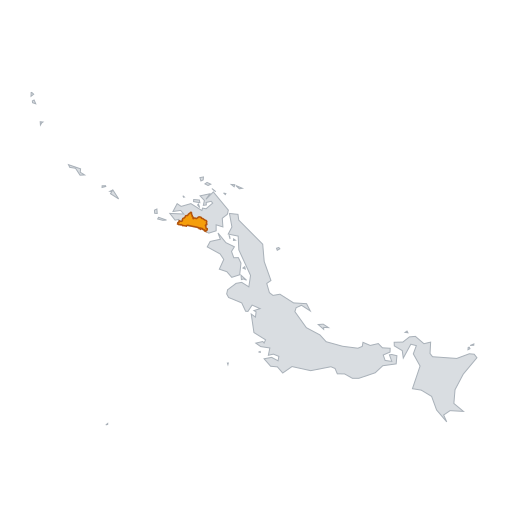 location of Miyazaki within Japan, rotated 86°
{"feature_id": "JPN-1831", "entity_name": "Miyazaki", "entity_type": "Prefecture", "adm_level": 1, "iso_a3": "JPN", "parent_name": "Japan", "parent_adm1": "", "projection": "albers", "projection_center": [131.344, 32.095], "detail": "fine", "context": "in_parent", "style": "filled", "palette": "amber", "viewbox_px": 512, "rotation_deg": 86, "n_neighbors": 0, "source": "natural_earth", "source_scale": "10m", "svg_char_len": 6432}
<svg xmlns="http://www.w3.org/2000/svg" viewBox="0 0 512 512"><g transform="rotate(86 256 256)"><path d="M365.3,122.4L373.4,123.7L374.3,137.2L380.8,145.2L385.2,162.0L384.7,168.4L379.8,175.9L379.2,183.1L373.7,185.0L371.7,189.0L374.2,209.5L368.8,227.8L374.6,237.5L368.1,242.4L367.0,249.1L359.1,255.1L358.2,247.5L362.1,241.3L357.7,240.2L355.1,245.5L355.9,250.6L348.7,248.6L346.7,257.6L342.9,262.3L341.8,255.2L343.4,254.0L340.3,252.3L332.2,263.4L313.6,264.8L316.9,260.8L311.7,259.8L310.3,261.9L308.8,255.6L304.7,263.3L310.7,267.9L310.4,270.2L301.8,273.5L295.5,286.2L291.8,287.9L287.7,286.7L281.9,277.8L281.3,272.1L286.3,265.3L275.0,262.8L248.7,272.7L234.9,272.4L232.2,282.2L225.4,278.0L211.7,279.5L213.2,271.1L219.0,270.7L244.7,248.5L262.1,248.2L281.5,242.8L284.1,247.2L293.5,245.2L296.5,241.8L295.8,234.8L305.4,221.8L307.1,208.9L314.6,205.7L308.3,214.1L310.4,219.6L314.2,221.1L331.0,210.8L339.2,197.7L346.4,192.0L352.1,175.9L355.1,160.8L353.6,156.3L349.6,155.3L353.2,148.3L351.9,140.1L356.4,136.3L357.4,128.6L361.2,129.0L363.6,136.0L369.2,134.5L370.6,127.9L363.9,129.8L363.7,127.6L365.3,122.4ZM403.3,66.8L416.9,68.9L425.5,59.9L423.8,73.2L427.7,79.9L434.8,77.3L422.2,86.6L408.3,90.6L401.3,100.6L399.3,109.2L377.2,100.0L364.6,105.9L356.6,102.3L354.8,107.7L368.1,116.2L360.6,116.7L355.3,124.3L351.7,124.2L352.1,115.5L347.4,108.6L347.3,102.6L355.2,94.6L354.1,87.8L365.4,89.2L368.8,86.9L372.2,62.9L368.4,50.0L369.2,45.2L372.9,42.7L388.3,57.5L403.3,66.8ZM216.0,287.0L224.7,287.0L222.1,293.6L228.1,294.0L229.9,301.5L224.2,309.9L218.7,331.2L214.1,330.6L214.6,334.2L207.5,339.0L209.1,325.1L205.3,328.0L205.8,335.7L198.3,331.0L201.3,327.2L199.2,317.3L206.9,306.8L204.5,306.0L205.4,302.5L200.2,295.5L198.3,296.9L199.1,302.0L201.6,302.0L201.8,305.0L197.0,303.6L192.1,307.6L190.7,297.7L196.0,302.0L189.1,294.1L208.3,280.4L212.3,281.6L216.0,287.0ZM262.1,271.5L273.6,273.6L275.6,281.7L269.6,286.2L266.6,293.5L257.2,288.4L251.5,291.6L243.5,304.0L238.3,300.7L236.8,290.4L230.4,292.3L240.6,285.1L245.3,276.9L249.7,280.1L256.2,278.3L256.4,273.7L262.1,271.5ZM163.1,425.9L155.9,429.9L154.6,435.6L151.8,436.7L156.8,424.9L160.2,425.5L163.2,421.3L163.1,425.9ZM333.9,193.6L328.7,198.7L328.7,193.7L332.5,188.7L332.0,193.5L333.9,193.6ZM189.5,389.0L183.7,396.8L180.1,394.2L189.5,389.0ZM197.4,314.5L195.3,314.2L196.2,308.6L198.9,308.3L197.4,314.5ZM278.5,272.2L274.1,272.3L279.5,267.1L278.0,270.0L278.5,272.2ZM206.3,354.1L203.2,354.1L202.2,351.6L206.7,351.6L206.3,354.1ZM187.8,267.9L184.3,271.2L187.5,264.9L187.8,267.9ZM212.2,351.5L210.6,350.5L213.9,342.8L213.9,346.5L212.2,351.5ZM173.5,302.9L176.4,303.4L177.3,305.7L173.9,306.5L173.5,302.9ZM185.4,273.0L182.9,275.7L183.4,272.2L185.4,273.0ZM81.0,469.3L77.2,468.9L77.2,468.3L79.1,466.5L81.0,469.3ZM251.8,234.4L249.7,235.0L249.1,232.7L250.5,231.7L251.8,234.4ZM180.5,301.9L179.2,299.7L181.2,296.1L182.3,298.9L180.5,301.9ZM88.8,465.1L87.5,468.2L85.7,468.3L84.9,466.5L88.8,465.1ZM176.9,404.8L175.2,404.6L175.4,401.2L176.2,401.0L176.9,404.8ZM364.3,51.1L362.0,50.7L361.8,49.7L363.4,49.0L364.3,51.1ZM203.8,308.8L201.0,310.7L200.1,309.8L203.8,308.8ZM342.6,112.6L341.4,110.6L343.2,109.8L342.6,112.6ZM233.3,281.5L235.0,280.8L237.2,280.7L233.3,281.5ZM360.2,45.0L360.2,48.6L358.9,44.8L360.2,45.0ZM187.9,293.1L185.6,295.3L189.0,291.6L187.9,293.1ZM110.3,461.9L107.0,461.9L107.5,459.2L108.3,460.5L110.3,461.9ZM192.6,282.3L190.9,284.0L191.6,281.7L192.6,282.3ZM268.3,267.6L267.1,269.9L265.9,268.0L268.3,267.6ZM181.7,395.8L181.3,397.3L180.6,395.4L181.7,395.8ZM352.4,258.4L352.0,260.2L351.5,258.5L352.4,258.4ZM192.3,324.2L190.8,324.7L192.2,323.3L192.3,324.2ZM238.8,275.4L238.9,277.4L237.4,277.2L238.8,275.4ZM362.4,291.6L360.8,292.0L360.8,291.1L362.4,291.6ZM413.7,415.7L414.0,417.6L412.7,415.6L413.7,415.7Z" fill="#d9dde1" stroke="#a8b0b8" stroke-width="1"/><path d="M227.8,304.5L227.7,304.6L227.5,304.8L227.5,305.1L227.5,305.4L227.4,305.5L227.1,305.2L226.9,305.1L226.8,305.4L226.6,305.5L226.3,305.9L226.1,306.1L226.0,306.3L226.1,306.5L225.7,307.3L225.4,307.5L225.0,307.5L224.9,307.5L224.8,307.9L224.6,308.5L224.8,308.9L225.1,308.9L225.2,309.0L225.5,309.3L225.2,309.7L224.8,309.8L224.5,309.7L224.2,309.6L224.1,310.0L224.4,310.4L224.7,310.8L224.2,311.1L223.9,311.2L223.7,311.3L223.7,311.5L223.5,312.0L223.5,312.5L223.4,312.6L223.2,312.7L223.0,313.1L222.8,314.1L222.5,314.9L222.3,315.8L222.0,317.1L221.4,319.0L220.8,321.1L220.6,321.7L220.6,322.1L220.6,322.3L220.7,322.8L220.9,323.2L221.4,323.4L221.4,323.5L221.1,323.9L221.1,324.0L220.6,326.3L220.7,326.9L220.2,327.3L220.0,327.6L219.9,327.9L219.6,328.3L219.5,328.5L219.5,328.8L219.6,329.0L219.7,329.5L219.4,329.8L219.3,330.0L219.2,330.9L219.1,331.1L218.8,331.4L218.8,331.6L218.7,331.9L218.6,332.0L218.5,331.9L218.4,331.8L218.5,331.7L217.8,331.7L217.5,331.7L217.2,331.6L217.1,331.4L217.1,331.1L217.1,330.9L217.0,330.7L216.7,330.4L216.6,330.2L216.4,330.2L216.0,330.3L215.7,330.0L215.5,329.9L215.6,329.7L216.0,329.1L216.1,328.8L216.1,328.5L216.2,328.0L216.2,327.8L216.1,327.6L215.9,327.3L215.6,327.0L215.1,326.9L214.9,327.0L214.8,326.9L214.7,326.9L214.1,326.6L213.7,326.5L213.5,326.4L213.2,325.8L213.1,325.5L213.1,325.4L213.1,325.2L213.0,324.8L212.5,324.3L212.3,324.1L211.2,323.6L210.9,323.2L210.8,322.8L210.9,321.8L210.8,321.5L210.3,321.0L209.9,320.8L209.6,320.5L209.3,320.1L208.2,318.4L208.0,318.2L207.8,317.9L208.1,317.4L208.6,317.3L209.7,317.4L209.9,317.4L210.2,317.3L210.4,317.2L211.0,316.8L211.4,316.8L211.9,316.9L212.1,316.8L212.4,316.6L212.7,316.1L212.9,316.0L213.1,315.9L213.9,316.2L214.1,316.2L214.3,316.1L214.4,315.9L214.3,315.5L214.2,315.3L213.9,314.8L213.8,314.5L213.8,314.3L214.0,313.9L214.3,313.5L214.5,313.2L214.5,312.9L214.4,312.7L214.1,312.2L214.0,311.9L213.9,311.6L213.7,311.4L213.3,311.0L213.2,310.7L213.1,310.4L213.0,310.2L213.0,309.8L213.1,309.4L213.4,308.5L213.6,308.1L213.8,307.9L214.0,307.8L214.4,307.7L214.6,307.7L214.7,307.4L214.8,306.9L214.9,306.5L215.1,306.2L215.5,305.9L215.7,305.7L216.0,305.1L216.6,304.5L216.8,304.0L217.0,303.5L217.1,303.3L217.4,303.1L217.6,302.9L218.5,302.7L218.8,302.9L219.0,303.1L219.5,303.1L219.8,303.1L220.1,303.1L220.6,302.8L220.9,302.8L221.1,302.9L221.3,303.0L221.5,303.3L221.5,303.5L221.5,303.8L221.5,304.0L221.9,304.3L222.1,304.3L222.5,304.2L223.0,304.0L224.6,303.9L224.8,303.8L224.8,303.7L225.0,303.6L225.2,303.0L225.3,302.9L225.4,302.7L225.6,302.7L225.9,302.7L226.2,302.8L226.5,302.9L226.7,303.0L226.9,303.2L227.0,303.8L227.0,304.1L227.1,304.3L227.2,304.5L227.8,304.5Z" fill="#f59e0b" stroke="#b45309" stroke-width="1.5"/></g></svg>